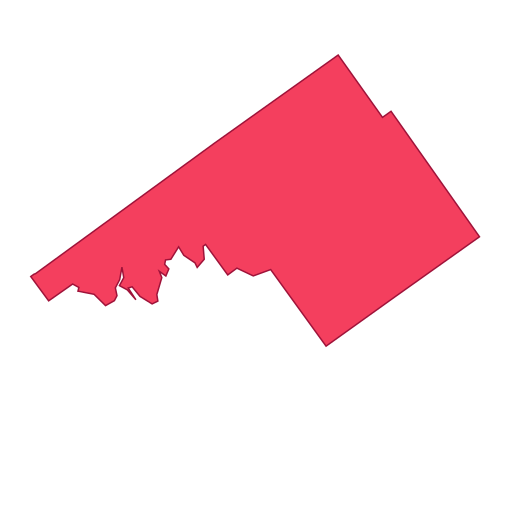 Benson, North Dakota, United States of America (orthographic projection), rotated 144°
{"feature_id": "52423323B29085159471354", "entity_name": "Benson", "entity_type": "district", "adm_level": 2, "iso_a3": "USA", "parent_name": "United States of America", "parent_adm1": "North Dakota", "projection": "orthographic", "projection_center": [-98.952, 48.109], "detail": "fine", "context": "isolated", "style": "filled", "palette": "rose", "viewbox_px": 512, "rotation_deg": 144, "n_neighbors": 0, "source": "geoboundaries", "source_scale": "gbopen_adm2", "svg_char_len": 767}
<svg xmlns="http://www.w3.org/2000/svg" viewBox="0 0 512 512"><g transform="rotate(144 256 256)"><path d="M223.0,371.7L444.7,371.3L446.3,371.8L450.3,371.8L450.1,341.6L420.8,341.1L417.8,334.7L420.7,332.2L409.5,320.2L406.9,304.3L396.8,303.1L391.8,305.6L388.5,312.9L380.2,317.0L371.0,325.8L375.7,316.2L383.9,312.3L380.0,304.2L378.9,291.2L378.2,305.2L374.3,303.9L373.6,291.5L368.2,278.3L361.9,277.2L358.9,283.1L344.9,293.9L343.2,300.5L340.7,292.8L334.1,296.8L334.8,302.9L331.5,306.0L326.8,303.4L313.2,308.9L314.0,299.0L309.4,286.3L310.3,281.3L299.8,283.8L293.0,295.0L290.0,295.0L290.0,257.3L278.6,257.4L269.9,241.5L252.1,236.4L252.3,141.9L167.0,141.3L63.9,140.2L61.7,293.7L72.2,293.8L71.4,370.3L223.0,371.7Z" fill="#f43f5e" stroke="#9f1239" stroke-width="1.5"/></g></svg>